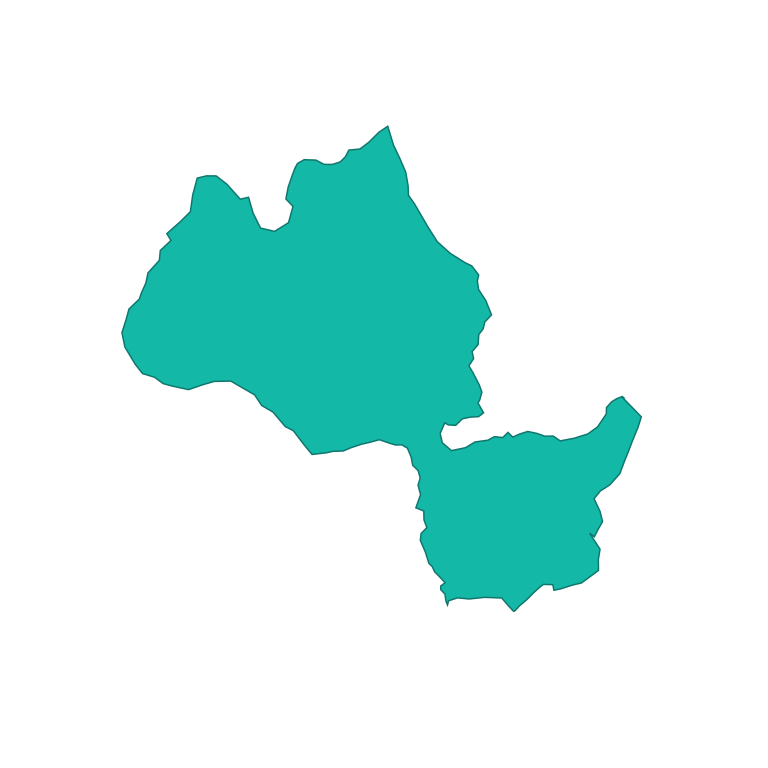 outline of Avdellero, Larnaca, Cyprus, rotated 237°
{"feature_id": "46923920B64317090827038", "entity_name": "Avdellero", "entity_type": "district", "adm_level": 2, "iso_a3": "CYP", "parent_name": "Cyprus", "parent_adm1": "Larnaca", "projection": "orthographic", "projection_center": [33.555, 35.006], "detail": "fine", "context": "isolated", "style": "filled", "palette": "teal", "viewbox_px": 768, "rotation_deg": 237, "n_neighbors": 0, "source": "geoboundaries", "source_scale": "gbopen_adm2", "svg_char_len": 2487}
<svg xmlns="http://www.w3.org/2000/svg" viewBox="0 0 768 768"><g transform="rotate(237 384 384)"><path d="M241.9,577.6L243.8,576.9L244.9,571.3L245.1,565.3L243.1,557.8L237.8,554.1L231.7,539.7L231.1,527.8L234.8,514.3L240.3,500.8L248.2,497.5L252.7,490.4L259.0,485.6L265.9,478.7L268.2,470.5L269.3,463.1L275.9,461.6L274.4,454.5L279.7,447.9L280.3,440.5L285.8,428.8L286.2,417.6L291.4,404.3L303.0,400.9L312.0,404.2L318.3,413.8L314.7,415.6L310.3,421.6L312.1,430.8L309.2,438.4L305.1,445.5L305.6,451.8L316.8,452.5L318.5,455.6L323.8,461.6L331.4,463.4L345.4,464.8L353.0,465.1L356.5,473.0L363.2,475.5L365.8,484.4L373.8,490.4L376.3,497.2L381.1,502.3L383.4,511.8L398.4,514.8L411.7,514.8L419.4,518.3L423.9,522.8L435.3,521.9L441.7,518.0L457.5,510.7L474.3,506.2L491.9,506.4L518.6,507.7L528.9,507.3L537.2,512.2L549.8,517.6L564.3,520.1L579.2,522.1L598.1,527.5L597.9,516.8L595.0,502.8L594.2,491.8L599.3,481.9L595.6,475.4L594.1,468.3L596.3,460.2L600.9,453.3L608.9,448.8L615.6,439.2L615.8,435.7L615.9,434.0L616.0,431.5L613.5,426.8L608.9,420.6L601.6,411.2L592.6,402.5L582.5,404.4L571.3,391.8L571.6,375.3L582.0,365.4L598.7,367.3L614.4,372.1L617.3,364.1L636.9,361.1L649.9,356.6L655.2,348.6L658.4,339.5L646.7,326.5L634.0,315.5L631.1,301.7L628.4,283.8L620.4,283.5L617.8,269.1L610.1,263.0L605.7,246.6L598.4,239.3L592.6,230.3L588.5,225.1L585.8,211.0L578.0,202.2L569.8,192.2L556.1,186.8L536.2,186.1L530.4,186.6L524.2,187.2L514.7,195.2L504.6,199.0L497.0,205.8L485.7,217.1L482.2,231.3L478.6,243.1L469.9,257.1L445.3,269.6L432.6,269.7L420.9,275.6L402.0,278.0L394.3,282.5L376.1,283.9L364.1,285.3L357.5,298.6L355.4,304.4L350.0,313.4L348.6,321.4L345.7,332.5L342.8,340.4L339.8,349.8L331.3,356.4L326.5,360.5L323.3,365.8L317.4,368.7L308.0,367.0L300.2,363.8L292.7,365.5L285.4,363.1L280.7,357.5L271.3,354.4L262.8,343.3L255.8,348.2L248.2,343.5L240.2,341.7L238.4,333.7L233.1,329.3L220.3,327.1L209.1,324.0L204.5,325.0L198.8,324.2L193.1,325.4L184.1,327.0L183.7,321.6L180.6,319.6L174.5,320.7L171.1,319.0L167.8,317.6L164.1,316.9L167.0,320.1L164.6,329.2L157.4,338.2L150.3,352.1L140.4,366.2L130.6,367.5L123.0,368.8L122.4,369.9L124.2,377.0L125.4,386.7L127.4,395.6L128.7,403.7L129.1,408.5L123.8,416.3L118.5,414.2L116.0,420.4L112.7,432.6L109.6,441.1L110.8,462.3L120.2,468.3L127.8,475.2L146.9,475.2L141.3,477.2L145.3,484.1L149.6,492.4L159.5,495.8L173.4,497.7L176.5,507.3L176.4,518.5L180.4,533.0L188.2,543.5L194.1,552.0L200.2,560.3L209.3,573.4L216.3,581.9L242.2,576.8L241.9,577.6Z" fill="#14b8a6" stroke="#0f766e" stroke-width="1.5"/></g></svg>